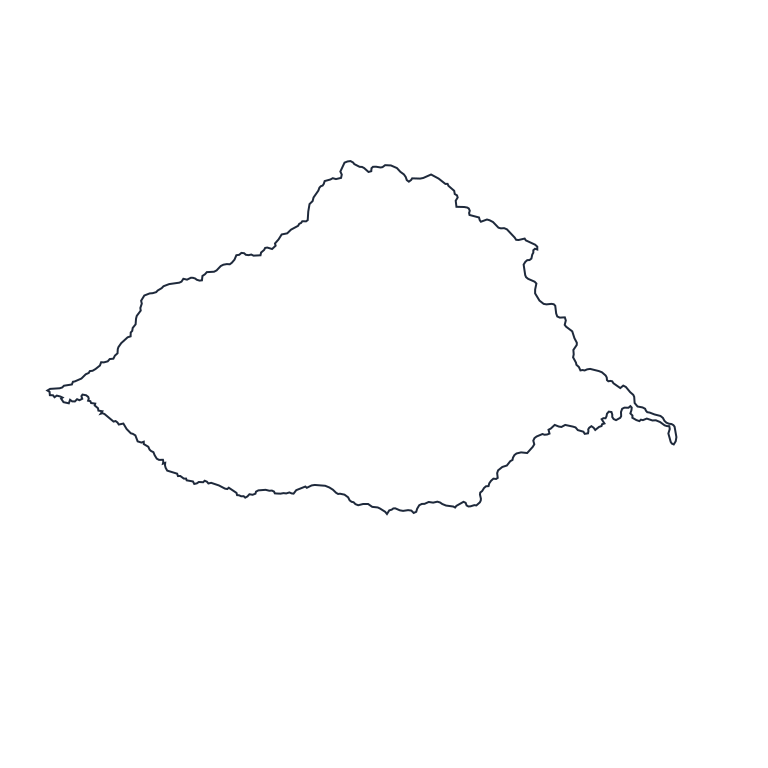 the district of Dois Irmãos do Tocantins, Tocantins, Brazil, rotated 305°
{"feature_id": "56859067B267750606795", "entity_name": "Dois Irmãos do Tocantins", "entity_type": "district", "adm_level": 2, "iso_a3": "BRA", "parent_name": "Brazil", "parent_adm1": "Tocantins", "projection": "albers", "projection_center": [-49.064, -9.333], "detail": "fine", "context": "isolated", "style": "outline", "palette": "slate", "viewbox_px": 768, "rotation_deg": 305, "n_neighbors": 0, "source": "geoboundaries", "source_scale": "gbopen_adm2", "svg_char_len": 6166}
<svg xmlns="http://www.w3.org/2000/svg" viewBox="0 0 768 768"><g transform="rotate(305 384 384)"><path d="M500.3,654.0L500.7,656.0L504.4,655.8L508.2,654.0L515.7,646.5L516.3,644.7L516.1,642.5L514.9,640.2L514.3,637.5L514.7,634.8L516.2,631.9L516.4,628.8L514.2,623.0L513.0,618.1L511.9,615.8L512.4,613.8L513.5,612.1L513.1,609.2L511.0,604.6L512.2,600.2L517.0,596.3L518.1,594.4L518.5,590.4L520.3,583.8L519.9,580.9L516.2,579.9L516.2,571.5L517.1,569.4L516.4,567.7L514.9,566.2L515.1,564.4L517.1,562.7L518.1,560.7L518.6,555.7L517.8,552.5L514.6,544.2L512.5,542.0L510.2,540.6L509.3,538.6L507.8,537.1L509.7,533.9L510.1,530.6L511.6,529.0L514.3,523.6L517.1,522.4L520.5,519.6L526.5,519.5L528.4,518.3L530.7,513.8L535.1,508.0L535.4,500.2L536.1,498.1L540.3,496.5L542.3,493.9L539.2,489.9L538.7,487.2L540.5,484.6L546.3,479.4L546.7,477.3L545.7,475.2L542.4,471.4L541.2,468.8L541.5,463.5L544.9,455.8L548.1,453.6L553.7,451.2L554.2,448.7L552.8,441.7L553.0,439.1L554.2,437.2L561.9,429.9L565.1,429.7L567.6,430.3L569.0,432.1L571.3,432.8L575.1,431.2L577.2,431.0L579.2,429.6L581.4,430.1L582.1,432.4L584.4,430.8L584.8,427.9L583.0,417.8L583.8,415.8L579.1,411.6L577.9,409.5L578.9,407.1L581.2,396.0L580.6,393.1L578.5,390.4L577.7,388.1L579.2,380.4L578.7,376.6L577.8,374.0L572.5,370.3L573.1,368.5L574.9,366.3L571.5,357.1L572.9,355.6L575.1,354.9L576.4,352.8L576.3,351.0L575.0,348.2L570.7,341.7L575.3,337.6L579.0,337.4L580.4,335.6L580.2,333.0L582.5,330.7L583.3,323.1L584.4,321.3L583.1,319.5L583.6,310.9L582.6,302.4L575.3,298.0L573.0,295.8L568.6,289.1L566.7,289.2L564.0,288.3L564.1,285.7L566.0,283.1L567.1,280.1L567.2,275.7L568.3,270.7L567.0,264.3L563.9,259.4L560.8,258.4L559.4,257.0L557.4,252.8L555.6,250.4L553.6,250.0L551.0,251.5L548.8,249.7L549.5,243.9L549.2,241.5L547.9,239.4L547.1,233.5L547.7,231.7L547.4,228.7L545.4,226.5L542.7,224.7L533.0,226.4L531.3,229.3L528.2,230.6L524.3,227.1L523.2,224.0L520.8,222.8L516.2,219.0L513.3,219.9L511.3,219.9L509.8,218.8L507.8,218.5L504.7,219.3L496.4,219.3L492.9,220.6L488.7,219.8L481.9,223.0L474.5,227.5L472.6,226.9L470.4,223.7L468.4,223.7L466.6,222.7L464.3,222.9L457.1,219.3L451.9,218.3L447.8,214.4L441.9,214.7L436.6,214.1L435.1,215.9L430.4,214.9L428.8,210.1L427.3,208.6L425.0,208.9L421.2,207.9L418.6,209.0L414.3,203.5L413.9,201.0L411.9,199.2L410.6,196.7L410.9,194.4L409.6,192.0L406.8,191.3L404.8,189.2L400.1,190.2L396.0,189.8L393.6,189.0L392.1,186.5L389.6,184.0L387.0,182.6L381.0,181.7L378.5,180.4L374.0,174.7L371.2,174.4L368.4,173.3L364.5,175.4L362.9,173.6L362.0,170.8L362.1,168.8L361.4,166.6L360.3,164.9L356.5,162.8L355.1,159.3L351.7,159.4L349.6,158.2L342.6,150.7L337.6,147.3L335.0,146.9L330.8,145.0L328.6,144.7L325.7,142.4L323.8,140.1L319.0,136.9L312.9,137.3L310.9,139.5L306.5,140.8L304.6,142.6L298.0,142.4L295.3,143.4L290.4,146.3L285.8,146.0L283.1,147.3L280.9,147.0L277.7,149.1L275.2,147.2L266.8,145.3L261.9,145.3L259.9,145.9L256.3,148.1L252.9,147.3L249.5,147.8L247.1,145.0L244.1,144.7L241.0,142.1L239.6,139.8L236.2,140.7L230.8,139.1L227.7,137.7L225.8,135.6L223.7,135.8L220.9,134.1L214.9,133.0L208.7,129.2L207.4,127.9L204.6,128.6L199.0,122.8L196.6,122.4L194.5,120.8L188.5,113.3L185.6,112.0L185.8,114.5L183.2,116.7L184.9,119.3L184.2,121.7L186.8,122.6L188.1,126.1L188.5,128.5L186.8,127.9L185.3,131.9L187.4,136.9L191.0,135.9L190.9,138.5L192.4,140.8L195.5,141.3L196.0,143.8L198.8,145.3L200.5,143.1L202.4,143.1L203.9,146.4L203.8,149.1L202.6,150.6L200.6,151.2L201.5,153.3L200.4,155.0L202.3,158.7L200.5,159.3L200.1,163.6L198.4,165.3L200.1,168.9L197.2,169.0L198.6,170.1L199.1,172.3L198.1,184.0L199.7,185.4L199.6,187.7L198.7,190.0L202.1,193.2L199.5,199.0L198.4,204.9L199.1,206.8L199.3,209.8L195.7,215.1L196.9,218.9L198.9,220.3L197.0,221.7L197.4,226.9L195.8,229.6L195.5,231.7L195.9,234.2L194.1,237.0L192.5,240.7L192.8,243.2L195.1,246.4L193.8,247.8L191.9,248.6L193.9,250.0L191.8,251.2L190.1,253.2L188.7,256.1L191.9,266.0L190.4,268.0L191.8,269.9L191.7,274.3L193.0,276.1L191.9,277.6L194.6,283.4L193.3,285.9L195.3,287.7L197.5,288.5L199.8,292.2L201.9,292.6L202.4,295.0L201.8,297.2L203.9,299.1L206.2,306.9L207.1,313.8L208.1,315.9L210.0,316.3L210.2,325.6L208.7,327.4L209.7,329.1L210.1,331.4L211.6,333.4L211.3,335.5L213.5,336.6L216.5,337.0L217.9,339.9L220.4,341.6L222.4,340.9L224.8,342.1L229.4,347.7L230.8,351.3L232.4,353.3L232.8,355.6L231.8,357.3L233.0,359.3L234.8,362.1L237.0,364.3L238.3,366.7L240.9,368.7L241.4,371.1L242.3,372.8L246.7,373.0L254.9,378.4L254.7,380.3L259.4,382.9L261.6,385.2L266.9,394.2L267.9,398.6L268.1,402.8L267.4,407.2L267.6,409.5L268.9,410.9L270.7,415.1L270.6,419.6L269.0,422.6L268.9,425.0L269.7,426.9L269.2,429.5L269.9,432.4L273.7,435.7L276.6,439.8L276.6,444.8L279.3,449.7L279.7,452.2L280.0,458.3L279.2,461.0L283.5,460.8L285.5,462.4L287.4,463.0L288.6,464.5L289.6,469.4L291.0,472.4L294.5,476.1L296.0,479.0L295.4,482.3L297.8,483.7L300.8,482.7L304.9,482.4L307.5,483.8L309.0,485.9L313.0,488.3L315.0,492.3L318.2,495.2L319.1,497.9L319.1,500.5L320.0,504.5L323.4,511.1L323.6,513.1L325.7,513.2L333.1,516.7L333.5,519.0L331.9,521.3L332.1,523.4L333.4,525.0L336.6,527.5L337.5,529.3L342.0,530.4L344.0,530.1L345.6,529.2L348.5,526.0L350.3,525.1L352.6,525.8L356.2,525.6L358.7,526.2L360.3,528.2L363.0,527.2L366.1,527.2L369.2,527.9L370.5,530.3L372.3,531.0L375.9,527.8L378.7,527.0L383.9,528.5L387.7,531.4L393.2,531.7L395.5,532.8L397.6,531.9L400.6,531.6L403.1,532.4L406.6,535.5L409.6,540.9L417.8,541.9L420.8,541.7L423.2,538.8L426.0,538.3L428.5,539.1L433.9,542.5L434.5,544.6L436.2,546.6L438.3,548.0L440.9,545.0L443.2,546.2L448.4,547.3L449.4,551.6L450.6,554.0L454.4,555.9L457.5,563.3L458.3,565.8L457.4,569.2L459.3,574.7L458.3,577.0L460.6,579.4L462.6,578.5L464.0,577.3L465.9,577.2L468.4,578.1L468.4,580.8L467.5,583.4L472.3,584.8L474.3,586.3L476.1,585.7L478.1,587.2L480.0,582.5L481.8,583.3L483.0,585.1L485.1,584.8L487.6,583.7L490.3,584.0L491.5,586.4L489.9,588.5L487.9,589.9L487.0,592.2L487.5,594.8L491.8,596.9L493.7,596.7L497.0,594.2L500.3,593.3L502.5,594.5L504.8,597.9L507.2,598.5L506.8,600.4L504.5,601.7L501.2,602.7L500.7,605.6L498.8,606.8L499.2,611.4L500.1,614.5L502.1,614.9L502.9,616.8L506.4,619.1L508.1,624.8L510.2,627.5L511.2,632.0L511.1,637.6L511.8,639.9L513.1,641.9L511.0,643.9L506.6,645.3L501.0,652.1L500.3,654.0Z" fill="none" stroke="#1e293b" stroke-width="2"/></g></svg>